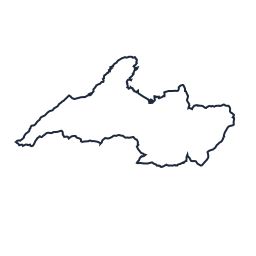 outline of Lunca De Jos, Harghita, Romania, rotated 121°
{"feature_id": "2599482B38350434394464", "entity_name": "Lunca De Jos", "entity_type": "district", "adm_level": 2, "iso_a3": "ROU", "parent_name": "Romania", "parent_adm1": "Harghita", "projection": "natural_earth1", "projection_center": [25.966, 46.606], "detail": "fine", "context": "isolated", "style": "outline", "palette": "slate", "viewbox_px": 256, "rotation_deg": 121, "n_neighbors": 0, "source": "geoboundaries", "source_scale": "gbopen_adm2", "svg_char_len": 5747}
<svg xmlns="http://www.w3.org/2000/svg" viewBox="0 0 256 256"><g transform="rotate(121 128 128)"><path d="M197.7,216.9L197.7,216.1L198.0,215.7L197.9,214.4L198.4,212.8L198.8,212.4L197.2,210.8L196.8,209.9L197.5,208.9L194.8,207.1L194.2,205.9L194.3,205.4L194.0,204.7L192.7,203.4L193.5,202.3L193.5,201.8L192.6,200.7L192.1,200.4L189.8,200.3L186.8,200.7L184.3,200.4L183.3,200.5L182.3,199.9L180.5,199.3L180.6,198.3L180.5,197.8L180.1,197.2L177.7,196.5L176.9,196.0L175.5,195.7L173.9,194.8L173.2,194.0L172.0,191.3L171.6,190.9L171.0,190.3L169.9,189.9L169.2,188.7L167.5,186.3L164.9,184.1L164.6,183.3L164.9,182.3L165.7,181.4L167.3,180.5L167.7,179.3L168.4,178.5L168.5,178.1L166.9,176.0L166.6,175.3L166.8,174.3L167.5,173.4L164.7,172.3L164.0,171.8L162.6,170.3L162.1,169.2L162.2,168.9L161.9,168.7L162.0,168.3L162.6,167.3L162.5,166.3L162.1,165.0L161.9,162.7L162.7,161.9L163.6,161.5L163.5,160.1L161.4,157.6L159.8,155.2L158.9,154.7L158.2,153.9L158.0,152.3L156.9,150.8L155.5,147.0L155.1,143.7L155.6,143.5L154.0,143.1L151.7,143.6L148.3,142.4L147.7,140.6L146.9,139.2L145.5,138.1L143.9,137.1L142.2,136.4L141.5,135.6L140.7,133.9L139.1,132.7L138.6,132.0L138.1,130.1L137.3,128.2L137.6,126.5L137.6,125.2L136.4,123.5L135.9,122.1L132.9,118.8L133.4,117.5L133.8,115.8L133.5,114.8L133.7,114.0L134.6,112.7L135.7,111.8L136.7,111.4L136.9,110.7L137.1,110.4L139.3,110.9L140.8,108.7L142.6,104.0L142.6,103.4L142.2,102.2L142.3,100.4L142.0,99.2L143.8,99.9L144.6,100.6L144.9,101.5L145.8,101.7L145.8,102.0L146.0,102.1L148.0,102.3L150.3,101.9L151.5,102.4L153.4,102.4L153.3,101.9L151.4,99.0L150.5,96.7L148.4,93.0L145.1,89.7L145.3,87.9L144.9,85.3L145.4,84.0L144.7,83.2L144.7,82.3L144.2,81.8L144.0,81.0L144.5,80.2L144.2,79.4L143.8,79.1L143.8,78.8L143.2,78.5L142.4,77.7L140.9,77.0L140.1,76.3L139.7,76.2L139.7,75.0L139.3,74.5L139.2,73.4L138.5,72.7L137.3,70.4L136.5,69.8L135.5,68.3L135.6,68.1L135.3,67.9L135.0,66.7L134.0,66.5L133.0,65.8L132.5,65.4L132.2,64.9L129.8,63.4L129.7,62.8L129.4,62.5L129.0,62.3L128.7,62.5L128.5,62.1L127.9,62.1L126.5,61.5L126.2,61.0L122.6,62.9L120.3,63.3L121.1,62.6L121.5,62.0L122.0,59.8L123.5,57.5L123.7,56.8L123.2,55.6L122.6,54.9L121.6,52.9L121.6,52.6L122.8,50.1L122.7,46.2L122.0,45.5L114.4,44.0L114.0,44.1L112.9,43.9L111.3,44.3L109.4,45.7L107.7,47.4L107.0,47.3L105.4,46.5L102.6,44.1L102.1,43.9L99.9,43.1L97.0,43.1L95.3,42.5L93.6,42.1L91.2,40.9L88.6,40.9L88.0,41.3L87.1,41.1L86.1,41.4L85.7,41.3L85.6,41.7L84.8,42.1L81.9,42.7L76.2,42.8L74.5,42.3L71.5,39.4L70.6,39.1L68.4,40.6L65.6,41.7L64.9,42.3L64.5,42.7L65.0,43.1L64.9,43.8L63.9,43.6L62.2,43.9L61.7,46.3L61.8,47.1L61.7,48.2L61.4,48.9L61.1,49.2L58.9,50.4L58.5,50.8L57.9,51.5L57.2,53.2L58.2,54.9L58.6,56.6L58.4,57.3L58.5,57.8L58.7,58.2L59.6,58.6L60.3,59.3L61.1,59.8L61.8,60.6L62.0,61.6L62.5,62.2L63.8,64.1L65.3,65.1L65.6,66.8L65.8,67.3L66.6,67.6L67.2,69.7L69.7,71.2L70.5,71.3L71.0,72.2L70.7,75.3L71.4,77.1L71.9,77.7L72.2,78.9L72.9,79.4L73.0,79.8L72.7,80.0L72.9,80.7L73.6,81.6L74.5,82.3L74.7,82.7L77.3,83.1L78.8,82.8L79.2,85.9L79.9,86.4L78.9,86.8L77.1,86.9L77.0,87.3L75.9,88.0L74.7,90.5L73.8,91.8L73.0,92.1L72.1,92.2L70.1,92.8L69.2,93.5L69.2,93.9L66.7,97.3L67.0,98.1L64.8,99.5L63.8,101.1L63.1,102.0L62.8,103.0L63.4,103.8L64.6,104.8L66.9,105.5L67.6,104.9L69.5,104.3L70.5,104.5L71.3,105.6L72.0,107.1L73.1,108.5L75.5,112.4L76.0,112.8L78.4,115.1L78.8,115.3L79.4,114.6L80.2,114.2L81.4,113.3L82.0,113.1L82.4,114.2L83.7,114.6L86.6,116.8L86.6,117.0L85.3,117.7L86.3,119.3L87.0,119.7L87.0,120.2L86.8,121.0L86.9,121.5L87.2,121.8L89.6,120.0L90.0,119.4L90.7,119.3L91.1,119.5L93.0,119.9L92.4,121.1L92.1,121.1L91.7,122.0L91.8,123.0L92.2,123.4L92.5,123.5L93.2,123.0L93.4,122.6L93.3,122.1L93.8,121.3L94.4,120.8L95.6,122.6L93.7,124.0L93.8,124.3L93.1,125.5L93.2,130.6L93.0,136.1L92.8,137.3L92.2,137.9L90.9,138.6L92.4,139.3L93.0,139.3L93.0,139.7L92.8,140.0L92.9,140.5L93.3,141.5L93.2,141.8L92.7,142.2L92.8,143.0L92.3,143.3L92.2,144.0L91.8,144.1L91.5,144.7L91.7,145.0L91.9,145.6L91.7,146.7L92.1,146.5L92.8,147.1L93.3,147.2L93.9,147.6L93.8,148.0L93.2,149.0L93.4,149.5L92.7,149.5L92.2,149.8L91.5,150.4L90.7,151.5L89.9,151.6L89.6,152.5L88.1,153.0L86.6,152.8L85.5,151.0L85.5,150.0L85.0,150.1L85.2,150.3L85.2,150.7L85.4,151.3L84.4,152.3L80.8,151.2L79.6,151.2L78.9,151.1L78.8,151.8L78.0,151.6L74.6,152.2L74.3,151.4L73.6,151.0L72.5,150.7L71.2,150.9L72.6,152.1L73.3,152.9L72.3,153.9L72.1,154.4L72.2,154.9L71.5,154.9L70.3,154.2L69.7,154.0L67.7,153.9L67.6,154.5L67.3,154.8L65.6,155.2L65.0,155.5L64.6,156.3L64.7,157.0L64.0,157.8L63.7,158.3L63.9,158.9L64.8,159.5L65.3,160.2L65.0,161.2L65.6,162.5L66.5,163.9L68.1,165.1L68.6,166.0L68.8,167.0L71.5,169.2L75.5,171.3L76.4,171.5L77.7,171.4L79.0,172.2L80.8,172.9L81.7,172.9L82.6,172.6L83.2,172.7L83.1,173.3L83.7,173.5L84.5,173.5L84.7,174.3L84.9,174.5L85.6,174.0L86.6,173.7L86.4,173.3L87.6,173.9L87.5,173.1L88.8,172.7L89.2,173.6L90.8,173.4L91.3,173.8L91.4,174.1L94.3,174.8L95.0,175.4L96.3,175.1L97.6,174.2L98.8,174.8L99.7,173.5L100.9,172.9L101.3,173.0L101.9,174.0L102.4,174.4L104.8,174.8L105.8,175.9L108.0,177.1L109.0,176.9L110.2,177.2L111.1,177.1L112.1,177.5L113.1,177.4L114.5,176.3L115.5,176.7L117.2,176.8L117.1,177.5L118.3,178.4L118.3,177.0L118.8,177.0L119.3,177.4L118.9,177.7L118.9,177.9L120.0,178.3L120.0,178.9L123.4,180.6L124.1,181.4L124.2,182.0L124.9,182.7L125.8,184.1L130.8,188.9L131.2,191.3L130.5,193.7L130.5,195.3L138.1,197.3L139.1,198.0L140.6,198.4L142.9,199.4L145.6,199.5L149.2,201.5L151.3,201.7L151.9,202.0L153.8,203.8L154.5,204.2L156.5,205.0L160.0,205.7L163.4,208.0L164.8,208.2L166.4,208.0L168.8,208.9L170.6,209.2L171.5,209.1L173.9,209.7L175.4,211.5L176.1,212.0L177.2,211.9L178.8,211.5L179.3,211.8L180.3,211.4L180.8,211.5L181.7,211.1L185.4,212.6L186.4,212.8L188.9,212.8L189.7,212.3L191.9,212.9L194.5,214.0L194.6,214.7L195.7,216.2L197.7,216.9Z" fill="none" stroke="#1e293b" stroke-width="2"/></g></svg>